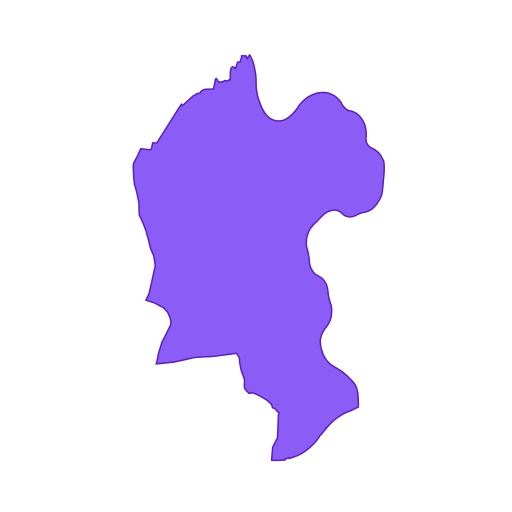 Rheden, Gelderland, Netherlands (Robinson projection), rotated 289°
{"feature_id": "6326949B90582310648495", "entity_name": "Rheden", "entity_type": "district", "adm_level": 2, "iso_a3": "NLD", "parent_name": "Netherlands", "parent_adm1": "Gelderland", "projection": "robinson", "projection_center": [6.043, 52.031], "detail": "fine", "context": "isolated", "style": "filled", "palette": "violet", "viewbox_px": 512, "rotation_deg": 289, "n_neighbors": 0, "source": "geoboundaries", "source_scale": "gbopen_adm2", "svg_char_len": 6039}
<svg xmlns="http://www.w3.org/2000/svg" viewBox="0 0 512 512"><g transform="rotate(289 256 256)"><path d="M146.5,401.9L148.2,401.4L154.2,399.2L157.0,398.0L159.0,397.1L161.2,395.9L163.3,394.5L164.0,394.0L165.6,392.6L166.6,391.5L167.6,390.3L168.9,388.1L172.1,381.6L173.8,377.6L174.3,376.3L175.2,373.2L177.1,364.4L177.4,363.3L177.8,361.9L178.2,360.8L178.7,359.8L179.2,358.8L180.0,357.3L181.1,355.7L182.2,354.3L183.2,353.2L184.6,351.8L185.8,350.7L189.6,347.9L190.3,347.4L191.9,346.5L194.0,345.5L195.8,344.7L197.0,344.3L198.3,344.0L199.7,343.8L201.1,343.7L203.7,343.8L205.2,343.9L207.8,344.3L209.6,344.8L212.4,345.8L214.5,346.4L216.0,346.7L217.8,346.9L218.9,347.0L222.2,346.9L223.1,346.9L224.0,346.7L227.5,345.8L229.7,345.1L231.8,344.2L234.0,343.0L238.2,339.8L239.9,338.7L241.2,337.9L243.9,336.5L247.1,335.0L249.7,333.5L251.3,332.4L252.9,330.9L254.3,329.2L256.1,326.5L256.3,326.1L256.6,325.1L257.0,323.5L257.8,319.1L258.3,317.5L258.6,316.9L259.3,315.6L260.7,313.8L261.9,312.4L263.2,311.2L264.4,310.3L266.4,309.1L272.8,306.1L274.8,305.0L276.8,303.8L280.8,301.1L282.2,300.3L285.2,299.2L288.4,298.3L291.0,297.9L293.6,297.8L295.5,297.8L296.9,298.0L298.5,298.2L301.6,299.1L303.0,299.6L304.1,300.0L306.0,301.0L309.6,302.8L313.2,304.4L315.9,305.7L317.4,306.6L319.0,307.6L320.7,309.0L321.6,309.9L322.3,310.7L323.5,312.3L324.5,314.1L325.0,315.3L325.2,316.1L325.4,317.1L325.5,318.0L325.5,319.6L325.2,321.1L325.1,321.5L323.7,325.0L323.1,326.6L323.0,327.9L323.0,328.8L323.1,330.3L323.7,332.4L324.2,333.6L324.5,334.2L325.3,335.3L326.4,336.7L328.3,338.5L330.0,340.3L332.3,343.6L333.8,346.1L335.1,347.7L336.5,349.0L338.0,350.2L338.9,350.8L341.9,352.3L343.9,353.1L347.8,354.1L349.5,354.5L352.3,354.8L353.6,354.9L355.7,354.8L356.9,354.6L359.0,354.3L362.6,353.4L371.9,351.1L375.3,350.3L377.1,349.8L381.8,348.3L383.5,347.6L385.2,346.9L387.5,345.7L388.7,344.3L390.8,342.3L392.2,340.5L393.2,338.9L394.1,337.0L395.2,333.8L395.4,332.3L395.8,329.7L396.0,328.4L396.3,327.8L396.8,326.6L397.4,325.6L398.2,324.6L399.0,323.8L400.5,322.8L401.3,322.4L402.2,322.0L403.3,321.6L404.7,321.3L405.9,321.0L408.5,320.0L411.1,318.8L413.5,317.4L415.7,315.9L417.6,314.2L419.3,312.3L420.8,310.3L422.0,308.2L423.3,305.3L423.7,303.7L423.9,302.6L424.1,300.5L424.1,299.2L423.9,298.4L423.8,297.3L423.6,295.9L423.8,295.1L424.2,293.5L424.6,292.4L425.0,291.6L426.4,289.1L427.2,288.0L428.3,287.0L429.1,286.3L430.5,284.1L432.3,280.2L432.7,279.0L433.0,278.0L433.2,277.0L433.4,275.2L433.5,274.0L433.6,272.5L433.5,270.9L433.2,268.7L433.1,268.2L432.3,265.7L431.6,264.0L430.5,261.7L429.0,259.5L428.0,258.2L426.9,256.9L424.7,254.8L422.8,253.1L421.5,252.2L419.4,250.9L416.7,249.4L414.2,248.4L411.8,247.6L408.7,246.8L406.1,246.0L403.4,244.8L401.4,243.9L399.2,242.6L396.6,240.9L395.2,239.7L393.8,238.3L393.2,237.6L392.4,236.3L392.0,235.7L391.4,234.4L390.9,232.9L390.6,232.1L390.2,228.6L390.4,226.2L390.7,224.6L391.2,223.1L391.8,221.7L392.6,220.1L394.4,217.4L395.8,215.7L398.1,213.2L400.1,211.4L401.6,210.1L405.0,207.4L408.9,204.7L409.9,204.2L412.3,202.9L415.8,201.2L419.0,200.0L422.9,198.6L425.3,197.6L427.8,196.5L429.6,195.5L433.1,193.5L434.8,192.5L437.1,191.0L439.7,189.0L440.8,188.1L442.2,186.6L443.4,185.4L444.0,184.6L442.1,183.8L441.2,183.9L439.8,183.2L441.9,181.5L441.7,180.5L440.6,177.2L439.8,177.5L439.4,177.6L434.1,177.8L434.0,177.5L434.0,177.3L433.4,175.5L427.1,175.5L426.5,175.3L426.4,175.2L427.0,174.3L427.3,173.7L427.3,172.3L426.6,171.8L426.5,171.6L426.3,171.6L425.1,171.4L424.1,171.4L423.6,171.5L422.7,171.8L421.6,171.9L417.2,173.3L414.3,174.2L414.1,173.5L413.3,172.9L412.1,171.7L412.0,171.4L411.8,169.5L411.7,169.2L411.0,168.7L409.9,167.8L409.5,166.7L409.1,166.2L408.9,166.0L408.9,165.6L408.6,165.1L408.6,164.9L408.5,164.7L408.6,164.2L408.5,163.7L408.8,163.1L409.0,163.0L409.2,162.8L409.3,162.8L409.8,162.4L410.1,162.0L410.3,161.5L410.7,160.9L410.7,160.7L410.8,160.5L410.2,160.2L409.6,160.1L406.0,160.7L403.4,161.0L400.0,161.4L397.1,153.7L396.7,153.1L396.5,152.8L394.2,150.5L391.5,150.0L392.1,150.1L389.7,146.6L388.9,146.5L388.8,146.3L388.6,146.3L386.9,144.4L374.2,137.5L375.2,136.0L364.6,133.4L330.6,125.4L329.3,121.4L325.4,122.0L323.1,122.2L322.6,122.0L322.5,121.9L322.3,121.4L322.0,121.4L319.9,112.1L312.3,111.4L304.7,110.2L303.8,110.1L302.7,110.2L299.5,111.2L290.4,114.8L288.5,115.7L284.6,117.6L284.3,117.6L284.2,117.7L284.2,117.8L277.9,122.2L276.9,122.8L273.7,124.7L269.5,127.2L267.9,128.1L263.5,129.7L256.9,132.2L252.4,136.5L250.3,138.5L243.7,144.0L239.5,146.8L236.1,149.2L228.7,153.9L222.7,159.4L214.1,163.9L197.9,165.8L185.6,167.1L178.4,166.3L178.4,167.1L178.5,170.0L178.5,171.6L178.6,172.6L178.5,173.5L178.6,174.2L178.6,175.4L177.4,182.6L177.1,184.4L176.9,185.3L174.1,190.7L173.7,191.2L172.2,192.4L169.9,194.6L166.7,196.8L166.2,197.0L163.4,197.6L162.8,197.7L162.5,197.7L156.1,196.8L155.2,196.8L150.2,196.0L145.9,195.5L143.9,195.1L141.7,195.2L139.2,195.3L132.3,195.5L127.6,196.1L125.9,196.4L121.5,196.9L129.0,213.0L134.4,221.9L139.9,230.7L143.1,238.1L146.2,246.1L148.6,251.1L150.9,255.8L153.3,260.6L155.8,265.7L157.6,269.1L156.6,270.6L154.2,273.5L150.3,275.1L145.8,277.6L143.1,279.2L141.8,280.2L140.2,281.5L138.4,283.0L137.0,284.1L136.0,284.9L135.4,285.3L133.9,285.9L130.4,286.9L127.4,288.1L126.5,289.1L125.4,290.9L123.9,294.0L125.0,296.5L125.6,297.2L125.3,302.3L125.2,303.2L124.0,309.8L123.3,313.0L121.4,317.6L121.4,318.0L119.8,319.8L117.9,321.0L117.9,323.4L117.0,325.1L116.4,325.9L115.5,328.0L114.9,328.8L114.5,329.0L112.6,329.0L112.1,329.2L103.6,331.8L92.3,335.1L91.4,335.5L80.7,334.0L68.0,337.2L68.1,337.8L68.8,340.2L69.3,341.5L70.1,343.9L71.8,347.9L72.2,349.1L72.9,350.2L73.8,349.8L76.0,353.0L75.4,353.3L76.6,355.0L78.2,357.1L81.2,360.6L84.4,363.7L86.9,365.7L89.5,367.4L91.3,368.6L94.2,370.2L96.5,371.4L99.0,372.5L101.5,373.4L105.1,374.6L107.1,374.9L107.8,375.5L111.9,377.0L114.6,378.0L115.5,378.0L115.5,378.4L116.5,378.3L116.5,378.7L118.0,379.3L120.1,380.2L122.3,381.3L124.6,382.4L124.6,382.5L126.6,383.6L130.0,385.8L132.7,387.9L135.7,390.4L137.7,392.3L137.4,392.3L139.1,393.9L139.2,394.6L139.3,394.7L146.5,401.9Z" fill="#8b5cf6" stroke="#5b21b6" stroke-width="1.5"/></g></svg>